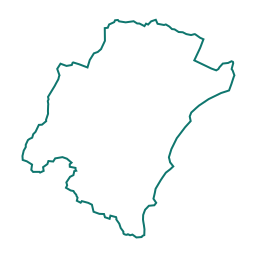 outline of Humacao, Puerto Rico, rotated 2°
{"feature_id": "32010507B58001941007009", "entity_name": "Humacao", "entity_type": "district", "adm_level": 2, "iso_a3": "PRI", "parent_name": "Puerto Rico", "parent_adm1": "", "projection": "albers", "projection_center": [-65.812, 18.138], "detail": "fine", "context": "isolated", "style": "outline", "palette": "teal", "viewbox_px": 256, "rotation_deg": 2, "n_neighbors": 0, "source": "geoboundaries", "source_scale": "gbopen_adm2", "svg_char_len": 2402}
<svg xmlns="http://www.w3.org/2000/svg" viewBox="0 0 256 256"><g transform="rotate(2 128 128)"><path d="M23.5,159.7L23.9,163.6L28.0,164.8L33.4,167.9L32.8,173.2L34.7,175.2L40.9,174.9L41.7,175.6L45.2,173.8L44.5,170.1L48.7,166.9L49.6,163.8L54.4,164.1L56.3,160.9L63.5,159.4L68.0,160.8L72.8,164.6L71.0,166.3L71.2,168.8L76.9,169.7L77.1,171.6L77.7,172.5L75.8,173.0L75.1,177.0L71.8,178.8L68.3,184.5L69.2,187.4L68.1,189.9L72.8,192.4L75.7,192.9L76.8,194.6L78.6,196.5L78.9,197.7L80.0,199.4L79.4,202.5L83.3,204.3L84.4,202.7L90.9,204.2L94.6,205.9L96.5,212.9L102.4,214.8L107.0,214.8L108.1,218.0L112.8,219.4L113.5,216.2L119.2,217.5L119.6,218.9L119.5,219.8L122.6,223.9L124.2,228.2L127.0,231.7L127.0,233.0L127.3,233.8L127.7,234.1L128.6,234.5L129.9,234.8L130.8,234.7L131.2,234.3L132.3,234.3L132.7,234.7L133.8,235.1L136.2,234.4L140.2,237.1L145.4,236.5L145.6,236.0L146.8,235.0L148.0,234.5L148.0,231.0L148.0,230.1L148.0,228.7L147.3,224.6L146.6,221.3L146.2,219.0L146.2,218.7L146.2,214.4L147.3,211.0L148.0,209.0L151.6,205.0L157.0,204.3L158.8,201.8L155.9,197.8L156.6,194.3L157.1,191.7L157.7,187.8L162.4,179.2L164.1,176.4L166.8,172.2L167.4,171.3L171.7,167.7L174.6,164.8L172.1,161.8L171.3,160.9L170.3,157.1L170.1,156.7L169.9,155.8L172.1,147.6L177.1,136.5L179.1,133.7L185.0,125.3L185.5,124.7L190.4,118.9L189.6,115.6L189.4,114.8L189.3,114.2L190.7,110.3L193.6,107.5L195.2,105.9L198.2,103.1L207.6,96.3L219.8,89.8L226.2,87.5L227.7,86.9L229.8,80.5L231.1,75.9L232.0,72.9L232.5,71.7L230.6,66.9L229.5,65.5L230.9,59.5L230.5,58.2L229.1,57.7L225.8,59.5L220.5,60.3L217.2,64.2L216.3,65.9L214.2,67.3L209.3,65.7L191.9,58.1L197.3,45.5L200.3,36.7L196.9,35.3L191.9,32.0L191.1,31.9L187.8,32.9L183.0,32.1L179.4,30.4L175.3,30.3L171.1,27.8L168.5,27.6L165.8,25.2L162.2,23.2L160.4,23.8L153.9,22.8L152.0,18.9L150.8,19.3L147.4,20.6L144.5,23.9L142.4,23.1L140.9,25.6L135.8,23.2L133.5,23.2L129.9,21.1L122.0,22.5L115.3,21.7L114.1,20.4L111.3,20.8L110.5,22.7L105.5,25.2L104.3,28.5L101.3,29.0L101.9,41.7L98.8,48.9L98.4,50.0L95.1,53.1L91.3,54.6L87.4,61.4L85.4,68.9L76.9,66.0L71.0,64.4L70.4,64.7L69.6,67.0L64.4,68.1L58.3,66.1L55.2,71.4L57.7,77.8L57.3,78.7L56.7,81.7L54.6,85.8L53.3,88.5L47.0,99.7L47.6,102.1L46.9,103.9L47.5,107.0L47.4,108.3L47.4,113.9L47.6,116.6L45.8,122.7L46.0,124.0L41.9,127.7L38.8,128.0L35.7,135.1L33.5,137.5L32.6,141.0L29.9,142.4L28.4,143.6L26.4,148.3L26.5,150.6L24.6,154.2L23.5,159.7Z" fill="none" stroke="#0f766e" stroke-width="2"/></g></svg>